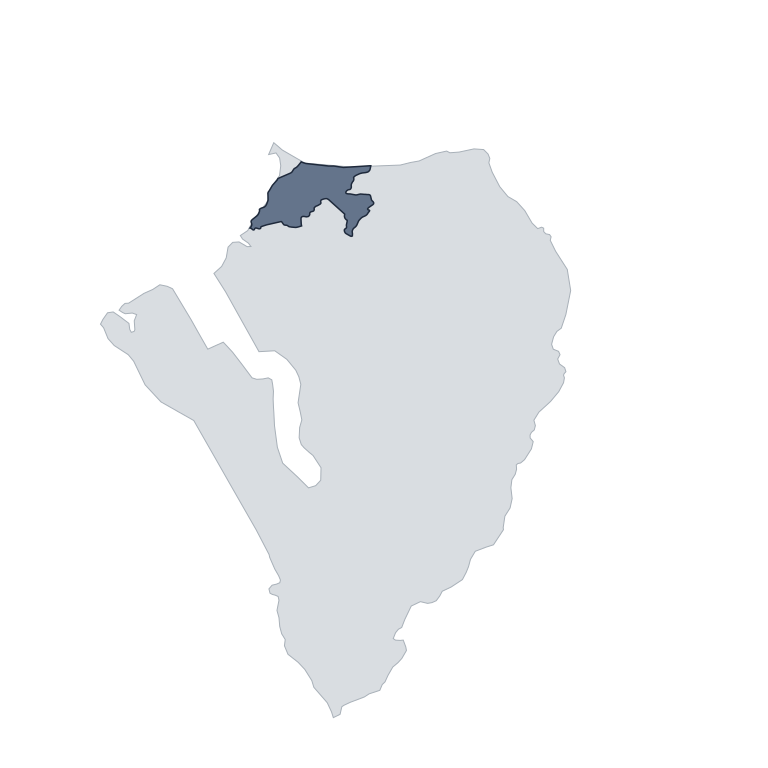 where Thiès sits in Senegal, rotated 60°
{"feature_id": "SEN-768", "entity_name": "Thiès", "entity_type": "Region", "adm_level": 1, "iso_a3": "SEN", "parent_name": "Senegal", "parent_adm1": "", "projection": "natural_earth1", "projection_center": [-16.596, 14.801], "detail": "fine", "context": "in_parent", "style": "filled", "palette": "slate", "viewbox_px": 768, "rotation_deg": 60, "n_neighbors": 0, "source": "natural_earth", "source_scale": "10m", "svg_char_len": 6340}
<svg xmlns="http://www.w3.org/2000/svg" viewBox="0 0 768 768"><g transform="rotate(60 384 384)"><path d="M569.9,353.4L578.0,369.6L576.3,377.3L574.5,388.6L579.1,396.8L584.5,402.2L588.3,407.1L592.6,413.9L593.4,427.4L592.6,437.2L595.4,441.6L597.8,447.1L597.3,451.8L595.8,455.9L590.7,461.3L589.9,471.4L598.3,483.7L603.7,490.4L603.6,494.2L605.2,498.4L609.1,503.3L611.6,502.1L614.2,498.1L615.4,495.4L622.6,496.6L626.0,497.8L630.6,505.8L632.3,511.2L633.5,517.9L638.3,526.2L642.5,532.1L643.4,535.8L647.2,540.8L644.9,551.8L645.2,557.5L642.8,572.3L642.2,579.3L642.4,581.9L648.1,587.2L647.6,594.7L641.8,593.4L631.7,592.5L611.6,596.4L604.7,594.8L591.5,595.3L582.1,597.5L570.1,602.3L560.9,601.1L555.9,597.3L549.2,597.5L541.8,595.5L533.9,591.8L526.6,589.9L518.8,583.1L515.1,581.9L512.6,583.7L510.4,585.9L508.2,587.3L503.9,586.1L502.3,581.5L503.6,577.0L504.0,573.6L502.0,571.7L497.3,571.1L489.6,571.1L477.1,569.7L474.3,568.8L446.5,567.6L417.7,567.5L393.3,567.4L362.4,567.2L340.8,567.1L320.5,567.0L304.9,576.2L288.0,586.1L265.3,591.3L239.1,589.4L230.8,590.8L222.1,595.2L215.8,598.4L206.7,600.3L195.1,598.7L190.4,599.6L187.5,595.1L184.1,587.8L186.2,582.5L193.3,579.1L204.0,574.6L209.6,576.9L212.9,577.0L213.5,574.1L212.4,572.6L204.4,568.7L200.2,563.5L196.7,566.5L193.8,572.9L191.3,574.7L187.6,576.5L185.6,572.2L184.7,568.0L186.3,564.8L185.5,546.6L186.5,537.0L186.0,528.5L191.0,522.9L195.8,519.5L214.5,519.2L231.9,518.9L248.6,519.1L265.7,519.2L267.4,502.3L272.8,501.0L280.9,499.2L295.9,497.2L312.7,495.2L316.3,491.9L319.1,486.3L320.8,481.2L324.3,479.1L329.0,480.8L335.1,483.4L341.5,487.5L348.8,491.3L353.7,493.7L365.4,499.7L385.5,508.0L401.9,511.3L421.8,505.2L436.2,501.3L437.9,494.0L435.7,486.9L425.0,480.4L410.4,481.2L406.0,482.9L399.2,485.1L395.1,485.9L388.2,484.4L379.5,478.8L374.0,473.1L366.4,470.5L357.3,467.8L342.7,456.2L335.1,454.1L327.9,453.5L314.1,455.8L300.6,462.0L293.5,476.1L280.0,475.9L251.3,475.5L225.0,475.1L203.2,476.0L201.0,465.8L195.9,457.6L187.5,450.6L185.7,444.2L188.5,438.5L196.6,433.9L198.4,430.5L194.2,431.0L187.8,434.0L183.6,434.2L183.0,425.3L175.9,413.7L168.0,394.1L158.9,386.1L151.3,370.3L143.4,364.3L136.1,361.4L129.9,362.0L127.6,369.2L119.9,358.8L130.5,355.1L153.1,342.1L179.2,304.7L202.5,260.5L205.5,250.1L208.4,242.1L210.2,224.1L213.6,213.3L216.7,211.3L220.7,203.0L225.4,188.5L230.8,180.5L236.9,178.9L241.6,179.6L244.9,182.6L254.7,184.4L271.0,185.1L283.6,183.0L292.5,177.9L304.2,175.4L318.7,175.3L326.3,173.2L327.0,169.1L328.9,167.8L331.9,169.5L334.8,168.8L337.4,165.9L340.1,165.7L342.7,168.2L354.8,169.0L376.4,168.0L396.4,175.6L414.8,191.8L424.3,202.6L424.9,208.0L427.9,213.5L433.4,219.0L438.5,220.0L443.0,216.5L446.6,216.9L449.2,221.1L454.4,222.0L460.2,219.4L464.3,220.3L465.1,222.8L466.1,224.1L468.9,224.7L472.7,227.9L478.0,236.5L482.4,248.5L485.8,263.9L490.3,272.3L495.7,273.7L498.9,276.8L499.6,280.5L501.2,283.0L503.8,284.4L508.5,283.6L513.9,288.8L519.8,300.1L520.7,305.2L519.8,307.9L520.2,309.9L524.1,311.8L527.8,315.5L530.8,321.1L537.3,326.0L547.3,330.3L554.4,336.8L558.9,345.4L568.0,352.6L569.9,353.4Z" fill="#d9dde1" stroke="#a8b0b8" stroke-width="1"/><path d="M150.2,344.6L150.9,344.2L153.9,341.5L167.5,323.0L170.2,318.4L176.2,310.8L188.1,286.8L188.4,286.3L188.8,286.6L191.4,289.0L191.8,289.7L192.2,290.8L192.3,291.4L192.3,292.1L191.8,294.0L190.3,297.5L189.7,299.8L189.3,304.1L189.5,306.0L190.0,307.1L190.7,307.3L191.7,307.8L192.2,308.2L192.5,308.6L192.8,309.0L193.3,310.3L194.3,311.9L194.6,312.3L195.0,312.6L195.7,313.1L197.1,313.8L197.6,314.2L198.2,315.0L198.4,315.5L198.5,316.1L198.4,316.5L198.3,316.9L198.1,317.3L198.0,317.6L197.9,318.1L198.0,319.7L198.4,320.6L198.8,321.1L199.2,321.4L199.6,321.5L200.1,321.4L200.4,321.1L200.8,320.8L201.9,319.3L202.3,318.5L206.2,313.9L206.6,313.0L206.9,312.0L207.2,310.9L207.7,309.4L209.0,307.5L209.6,306.7L210.6,305.1L211.4,304.0L212.1,302.8L212.4,302.4L212.7,302.1L213.1,301.8L213.6,301.6L214.3,301.6L218.3,302.8L219.3,302.7L220.6,302.3L221.1,302.3L221.9,302.3L222.4,302.6L222.8,303.0L222.9,303.4L223.1,303.9L223.5,308.7L223.8,310.0L224.1,310.6L224.5,310.8L224.9,310.8L225.3,310.5L226.0,309.9L226.5,309.7L226.8,309.9L227.1,310.3L227.8,312.2L228.1,312.6L228.4,313.2L228.8,314.3L229.0,315.6L228.8,318.2L228.7,318.6L228.7,319.5L228.8,320.3L229.0,321.3L229.8,323.8L230.2,324.6L232.8,328.1L233.2,328.9L233.4,329.4L233.6,330.0L233.9,331.8L234.0,332.5L234.3,333.2L234.9,334.2L235.4,334.7L235.8,335.1L236.2,335.4L238.2,336.2L240.0,337.4L239.7,338.6L239.0,339.2L234.9,341.6L233.9,342.0L232.7,342.0L232.0,341.9L231.5,341.7L231.0,341.5L230.6,341.2L230.4,340.8L230.2,340.3L230.2,339.7L230.1,339.2L230.0,338.6L229.7,338.2L229.1,337.8L227.7,337.2L227.3,336.9L224.4,334.3L224.0,334.1L223.7,334.1L223.4,334.2L223.4,334.3L223.0,334.5L222.3,334.7L221.1,334.9L220.3,334.8L219.7,334.7L218.9,334.4L217.9,333.7L217.7,333.5L217.5,333.3L217.2,333.1L196.5,339.8L194.9,340.8L194.1,342.3L193.6,343.8L193.2,346.1L193.3,346.5L193.5,346.8L193.9,347.4L194.3,347.6L195.1,347.9L195.5,348.0L195.9,348.3L196.1,348.7L196.3,349.3L196.3,349.9L196.3,352.4L196.1,353.4L196.0,354.0L196.2,355.2L196.3,355.8L196.5,356.3L196.8,356.6L197.7,357.0L198.0,357.2L198.4,357.6L198.7,357.9L198.9,358.3L198.9,358.8L198.9,359.2L198.6,360.3L198.4,361.1L198.4,362.0L198.6,362.4L198.8,362.8L199.2,363.1L200.0,363.5L200.3,363.8L200.6,364.2L200.8,364.6L201.0,365.2L201.1,365.8L200.8,366.7L200.4,367.7L199.1,369.2L198.5,370.1L198.2,370.8L198.2,371.4L198.2,371.9L198.5,372.4L198.7,372.8L199.8,373.5L204.1,375.7L205.9,376.3L205.2,379.4L204.6,381.4L204.2,382.3L201.9,385.6L200.5,387.3L199.8,387.9L198.9,388.2L198.5,388.4L197.8,389.0L197.0,390.2L196.6,390.6L196.3,390.9L195.9,391.1L195.4,391.2L192.6,391.5L192.2,391.6L191.9,391.8L187.5,406.0L186.3,411.7L186.6,412.2L186.9,412.5L187.3,412.8L187.5,413.2L187.5,413.8L187.2,414.6L185.0,416.7L184.7,417.2L184.7,418.0L185.0,418.5L185.3,418.9L185.5,419.3L185.4,419.9L185.0,420.4L182.6,421.3L181.9,422.1L181.1,420.2L180.3,419.1L179.2,418.5L177.0,418.0L176.1,417.1L175.7,415.7L174.9,410.2L174.4,408.5L173.7,407.3L172.1,405.4L171.3,404.9L170.8,404.8L170.4,404.4L170.3,403.0L170.4,402.0L170.8,400.0L170.9,398.9L170.5,397.2L169.4,395.5L166.8,392.4L160.6,389.1L159.7,387.9L159.2,386.6L156.2,381.4L153.9,374.5L153.0,373.1L154.6,359.3L154.5,358.4L154.3,357.5L152.9,354.9L152.6,354.0L152.6,351.6L152.5,351.0L152.0,349.2L150.3,344.7L150.2,344.6Z" fill="#64748b" stroke="#1e293b" stroke-width="1.5"/></g></svg>